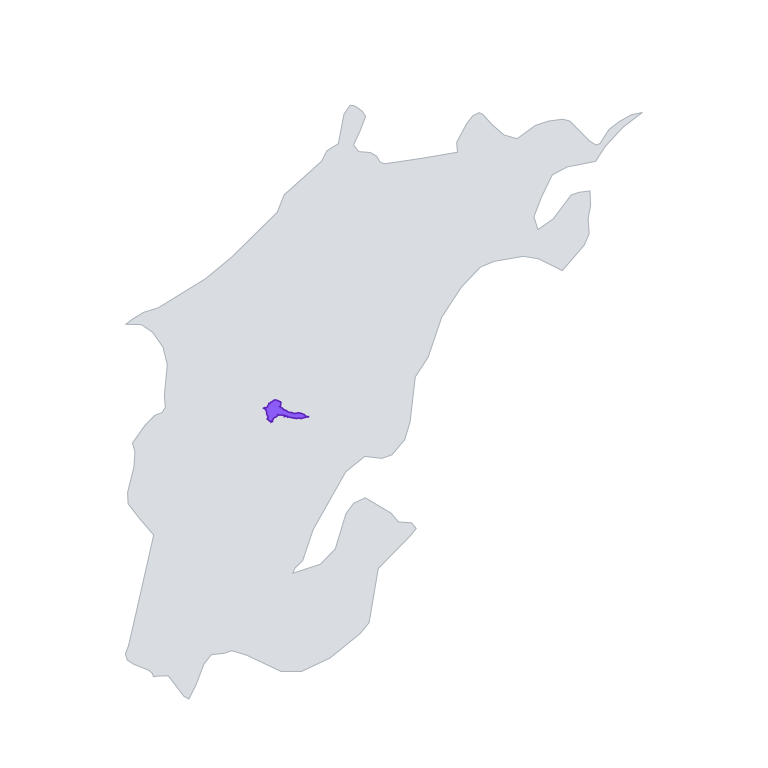 location of Sarchi, Alajuela, Costa Rica, rotated 261°
{"feature_id": "36466004B48608079710211", "entity_name": "Sarchi", "entity_type": "district", "adm_level": 2, "iso_a3": "CRI", "parent_name": "Costa Rica", "parent_adm1": "Alajuela", "projection": "robinson", "projection_center": [-84.309, 10.161], "detail": "fine", "context": "in_parent", "style": "filled", "palette": "violet", "viewbox_px": 768, "rotation_deg": 261, "n_neighbors": 0, "source": "geoboundaries", "source_scale": "gbopen_adm2", "svg_char_len": 6361}
<svg xmlns="http://www.w3.org/2000/svg" viewBox="0 0 768 768"><g transform="rotate(261 384 384)"><path d="M664.6,394.2L663.7,397.7L660.8,401.4L656.6,405.2L651.1,407.7L637.8,400.0L624.7,391.3L617.5,395.3L614.8,406.6L610.0,412.5L603.9,414.7L601.4,418.5L601.0,456.8L601.4,492.8L611.3,493.6L627.8,506.1L634.9,513.5L637.1,520.3L635.1,523.6L623.0,531.5L611.3,541.4L605.4,553.8L615.7,573.9L617.9,587.5L617.6,601.8L614.7,608.6L591.9,625.0L586.9,630.7L587.6,634.8L600.2,646.1L606.2,657.1L611.1,670.3L611.8,681.7L600.4,660.5L584.5,640.2L570.8,627.8L569.7,598.7L564.2,582.9L543.4,568.4L525.7,558.2L512.5,560.2L520.6,577.0L541.4,598.4L542.8,606.6L542.5,617.7L528.2,616.0L515.5,611.5L500.1,610.1L489.9,603.5L468.1,577.9L483.6,556.0L488.3,541.7L487.9,511.9L484.4,497.5L467.6,475.6L441.0,451.5L403.6,431.8L386.1,416.0L342.4,403.8L325.8,395.8L312.8,380.8L310.9,370.1L315.5,353.6L303.4,332.6L251.4,291.3L222.3,276.1L216.0,267.2L211.4,264.4L215.9,292.9L228.6,310.0L261.8,326.1L270.9,335.4L274.6,347.6L255.3,370.8L245.5,376.7L242.6,389.4L236.3,393.2L229.7,385.9L202.7,349.5L150.7,332.0L141.2,321.3L121.9,288.0L113.0,257.6L116.2,237.4L137.7,205.8L144.4,192.1L143.0,183.6L143.7,171.2L135.8,162.5L116.0,151.1L103.4,142.0L106.9,137.5L129.5,125.3L131.0,114.3L130.9,110.6L134.6,109.8L137.9,106.9L139.9,103.9L146.1,93.3L151.5,87.3L157.8,86.3L165.4,90.7L193.9,102.2L225.7,114.9L270.9,132.9L289.7,121.3L305.8,112.5L317.0,113.8L341.3,124.1L356.0,127.4L365.0,126.3L380.5,141.4L389.0,152.8L390.4,160.3L395.1,164.4L407.2,165.3L436.9,173.0L455.0,171.5L471.5,163.4L480.6,153.6L483.4,138.3L487.5,145.9L492.4,157.8L494.6,173.1L516.0,224.4L533.0,253.2L570.3,305.4L586.5,315.0L613.7,357.1L623.2,364.0L628.5,376.5L656.8,386.7L664.6,394.2Z" fill="#d9dde1" stroke="#a8b0b8" stroke-width="1"/><path d="M382.9,267.2L382.3,267.0L382.0,266.9L381.9,266.8L381.7,266.7L381.1,266.3L380.9,266.0L380.3,265.8L380.2,265.7L379.9,265.4L379.8,265.2L379.5,264.9L379.3,264.5L379.2,264.2L379.0,263.9L378.9,263.7L379.1,263.2L379.2,262.8L379.4,262.6L379.4,262.4L379.3,261.9L379.2,261.7L379.0,261.3L378.9,261.2L378.4,262.0L378.0,262.4L377.7,262.6L377.2,262.9L376.7,263.1L376.2,263.4L375.9,263.5L375.7,263.5L374.8,263.7L374.6,263.8L374.3,263.8L374.0,263.5L373.9,263.5L372.9,263.5L372.5,263.5L372.2,263.5L371.8,263.6L371.6,263.7L371.3,263.8L371.1,263.8L370.8,263.9L370.4,264.3L370.2,264.4L369.9,264.4L369.5,264.3L369.2,264.2L368.8,263.7L368.7,263.7L368.6,263.8L368.3,263.7L367.9,263.2L367.7,263.1L367.5,263.7L367.4,263.8L367.2,264.0L366.6,264.1L366.4,264.1L366.1,264.3L365.9,264.5L365.5,265.1L365.4,265.3L365.2,265.4L365.0,265.5L364.9,265.9L364.8,266.0L364.4,266.3L364.1,266.4L363.9,266.4L364.0,266.6L364.1,266.8L364.1,267.0L364.2,267.3L364.2,267.6L364.3,267.8L364.4,268.1L364.5,268.1L364.7,267.3L364.8,267.2L365.0,267.2L365.1,267.3L365.2,267.5L365.2,267.8L365.3,267.8L365.5,268.2L365.7,268.3L365.8,268.4L365.9,268.5L366.1,268.6L366.3,268.7L366.4,268.9L366.4,269.0L366.8,269.1L367.0,269.3L367.3,269.4L367.5,269.6L367.7,270.0L367.8,270.3L367.8,270.5L367.9,270.9L368.1,271.3L368.1,271.5L368.1,271.8L368.2,272.0L368.4,272.1L368.5,272.2L368.6,272.5L368.8,272.9L368.8,273.0L369.0,273.5L369.3,273.7L369.5,273.7L369.6,273.8L369.8,273.9L369.8,274.0L370.0,274.1L370.3,274.3L370.5,274.4L370.4,274.5L370.2,274.7L370.1,275.0L369.6,275.6L369.5,275.9L369.5,276.2L369.6,276.4L369.6,276.5L369.6,277.2L369.4,277.5L369.3,277.8L369.3,278.3L369.2,278.4L369.2,278.5L369.1,278.8L369.0,279.1L368.9,279.2L368.9,279.5L368.8,279.8L368.7,279.9L368.7,280.1L368.6,280.3L368.6,280.5L368.5,280.9L368.4,281.1L368.2,281.0L367.7,280.7L367.4,280.5L367.4,281.0L367.3,281.6L367.4,282.0L367.6,282.2L367.5,283.1L367.2,283.4L367.0,283.5L366.7,283.5L366.4,283.4L366.2,283.5L366.2,283.8L366.3,284.0L366.3,285.0L366.2,285.4L366.0,285.6L365.8,285.8L365.7,286.0L365.4,286.9L365.4,287.1L365.2,287.3L365.2,287.6L365.1,288.0L365.0,288.5L364.9,288.6L364.5,289.0L364.4,289.1L364.3,289.3L364.3,290.2L364.4,290.3L364.4,290.5L364.2,290.7L364.1,291.0L363.9,291.2L363.7,291.5L363.6,292.2L363.7,292.3L363.7,292.6L363.6,292.8L363.5,293.0L363.7,293.7L363.8,294.1L363.7,294.2L363.6,294.8L363.4,295.2L363.4,295.4L363.3,295.5L363.1,295.9L363.0,296.2L362.9,296.4L362.8,296.7L362.8,297.2L362.9,297.3L363.0,297.5L363.1,298.0L363.1,298.3L363.0,298.5L363.0,298.8L363.2,299.0L363.3,299.2L363.3,299.5L363.2,300.0L363.2,300.4L363.5,300.6L363.4,301.2L363.5,301.4L363.6,301.7L363.6,302.1L363.5,302.3L363.4,302.7L363.3,302.8L363.3,303.2L363.3,303.3L363.3,303.5L363.2,303.5L363.2,304.0L363.3,304.2L363.5,304.3L363.5,304.2L363.6,303.9L363.7,303.7L363.8,303.6L363.8,303.4L363.9,303.1L364.0,302.8L364.0,302.7L364.3,302.2L364.5,301.8L364.6,301.6L364.8,301.5L364.9,301.4L365.0,301.3L365.3,301.2L365.5,301.1L365.8,300.9L366.1,300.7L366.4,300.1L366.5,300.1L366.5,299.9L366.7,299.7L366.9,299.2L367.0,299.1L367.3,298.8L367.4,298.7L367.6,298.3L367.7,298.2L367.9,297.9L367.9,297.7L368.0,297.5L368.0,297.3L368.2,296.8L368.3,296.7L368.4,296.3L368.4,296.0L368.5,296.0L368.5,295.9L368.6,295.7L368.7,295.4L368.8,295.4L368.8,295.2L368.9,294.9L369.0,294.8L369.0,294.7L369.0,294.0L369.0,293.8L369.0,293.7L368.9,293.5L368.9,293.0L368.9,291.8L368.9,291.7L368.9,290.9L368.9,290.7L369.0,290.6L369.0,290.4L369.1,290.2L369.3,289.9L369.4,289.7L369.5,289.7L369.7,289.4L370.0,289.1L370.1,288.9L370.3,288.6L370.4,288.3L370.4,288.2L370.4,287.7L370.4,287.1L370.5,287.0L370.5,286.8L370.6,286.7L370.7,286.4L370.8,286.2L371.0,285.9L371.1,285.6L371.2,285.2L371.3,285.1L371.6,284.7L372.7,283.8L372.9,283.5L373.0,283.3L373.4,282.9L373.5,282.7L373.5,282.4L373.9,282.1L374.0,282.0L374.0,281.9L373.9,281.6L373.9,281.3L374.0,281.2L374.4,280.9L374.7,280.8L374.9,280.7L375.1,280.5L375.3,280.4L375.5,280.3L375.5,280.2L375.8,280.1L375.9,279.9L376.0,279.9L376.2,279.6L376.6,279.3L376.8,279.0L376.8,278.8L376.8,278.7L376.9,278.4L377.3,278.1L377.6,278.0L377.7,277.9L377.8,277.8L377.8,277.7L378.0,277.4L378.2,277.8L378.7,278.4L378.8,278.5L379.1,278.7L380.0,278.7L380.1,278.8L380.4,278.9L381.3,279.2L381.6,279.3L382.1,279.3L382.4,279.2L382.7,279.0L382.7,278.9L382.7,278.4L382.8,278.2L383.4,277.8L384.3,276.4L384.7,275.7L384.9,275.2L385.0,274.9L385.2,274.4L385.3,274.2L385.4,273.0L385.3,272.7L385.1,272.6L384.9,272.3L384.6,271.6L384.4,271.4L384.0,270.7L383.9,270.3L383.9,269.9L383.9,269.7L383.7,269.4L383.6,269.2L383.4,269.0L383.2,268.9L383.0,268.5L383.0,268.2L383.0,267.9L382.9,267.2Z" fill="#8b5cf6" stroke="#5b21b6" stroke-width="1.5"/></g></svg>